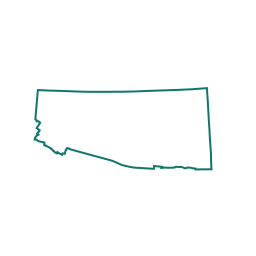 Noordwijk, Zuid-Holland, Netherlands (Albers equal-area conic projection), rotated 63°
{"feature_id": "6326949B12806125708238", "entity_name": "Noordwijk", "entity_type": "district", "adm_level": 2, "iso_a3": "NLD", "parent_name": "Netherlands", "parent_adm1": "Zuid-Holland", "projection": "albers", "projection_center": [4.48, 52.27], "detail": "fine", "context": "isolated", "style": "outline", "palette": "teal", "viewbox_px": 256, "rotation_deg": 63, "n_neighbors": 0, "source": "geoboundaries", "source_scale": "gbopen_adm2", "svg_char_len": 4076}
<svg xmlns="http://www.w3.org/2000/svg" viewBox="0 0 256 256"><g transform="rotate(63 128 128)"><path d="M188.5,65.7L187.5,65.3L185.5,64.5L185.1,64.3L173.8,59.5L167.6,56.7L158.1,52.6L143.6,46.2L142.3,45.6L128.3,39.6L122.3,53.9L116.0,67.8L110.5,79.5L103.6,94.3L98.7,105.0L92.5,117.8L78.9,144.7L72.8,156.1L65.6,168.9L58.6,181.7L53.3,191.1L77.0,205.9L77.4,206.0L77.8,206.4L77.9,206.5L78.0,206.5L78.3,206.6L78.5,206.6L79.0,206.3L79.7,205.9L79.8,205.8L80.0,205.8L80.3,205.9L80.3,206.0L80.3,206.3L80.6,206.4L80.7,206.2L80.7,205.9L80.8,205.7L81.0,205.4L81.1,205.2L81.3,205.1L81.3,204.9L81.5,204.8L81.6,204.7L82.1,204.5L82.1,204.4L83.4,203.8L83.6,204.1L84.6,205.9L85.1,206.7L85.2,207.0L86.6,209.4L89.9,207.7L90.7,209.4L90.9,209.3L91.1,210.0L91.4,210.8L91.6,211.2L91.7,211.6L91.8,211.8L92.4,211.4L92.6,211.3L92.8,211.1L93.3,210.9L93.3,211.7L93.3,211.8L93.3,212.2L93.4,212.4L93.4,212.5L93.5,213.1L93.6,213.4L93.6,213.5L93.8,213.8L93.9,214.0L94.0,214.3L94.1,214.5L94.4,215.0L94.6,215.1L94.6,215.3L94.8,215.4L95.0,215.4L95.0,215.5L95.4,215.8L95.7,216.2L95.9,216.4L96.0,216.2L96.2,215.9L96.3,215.8L96.4,215.6L96.6,215.3L97.1,214.8L97.3,214.7L97.8,214.5L98.2,214.3L99.5,213.4L99.7,213.2L99.8,212.9L100.2,212.4L100.7,211.9L101.2,211.2L101.5,210.9L101.8,210.5L102.1,210.3L102.1,210.2L102.3,210.1L102.5,209.8L102.5,209.7L102.9,209.2L103.0,209.1L103.4,209.3L104.0,209.7L104.6,210.2L104.8,210.2L105.0,210.1L105.3,210.2L105.5,210.3L105.7,210.0L105.8,209.8L106.0,209.7L106.0,209.4L106.1,209.2L106.7,209.1L106.8,209.0L107.0,208.9L107.2,208.6L107.3,208.5L107.4,208.4L107.5,208.4L107.8,208.2L108.0,208.1L108.3,207.8L108.5,207.7L108.8,207.5L109.1,207.3L109.3,207.1L109.5,206.9L110.1,206.7L110.5,206.4L110.5,206.5L111.6,205.9L112.7,205.4L112.8,205.5L113.1,205.3L113.2,205.2L113.7,205.0L113.9,204.9L114.4,205.0L114.6,205.0L114.8,204.9L115.1,204.6L115.4,204.4L115.6,204.4L115.9,204.3L116.2,204.3L116.4,204.2L116.5,204.2L117.2,203.8L117.6,203.2L118.2,202.9L117.3,201.9L117.7,201.6L117.9,201.5L118.4,201.3L118.5,201.6L118.7,201.4L119.1,201.1L119.2,200.9L119.3,200.8L119.6,200.6L119.9,200.4L120.0,200.3L120.5,200.1L120.8,199.7L121.3,199.3L121.5,199.2L121.9,199.0L122.0,198.8L120.9,197.8L122.3,196.0L122.2,195.9L121.8,195.7L120.6,194.6L120.1,194.1L119.7,193.6L119.1,193.2L119.2,192.9L119.3,192.8L118.8,192.3L118.3,191.5L118.4,191.4L118.5,191.4L118.4,191.1L119.1,190.4L119.8,189.6L120.4,189.2L120.5,189.2L120.5,189.3L120.8,189.1L124.1,185.5L131.8,177.0L138.0,170.2L144.1,163.4L145.9,161.5L147.3,159.9L149.2,157.8L149.6,157.5L150.2,156.7L151.2,156.0L152.9,154.5L154.9,152.9L156.1,152.0L157.9,150.5L158.2,150.3L158.5,150.0L159.3,149.0L161.2,146.7L162.1,145.6L162.7,145.0L164.1,143.1L164.7,142.4L165.6,141.2L166.3,140.1L167.3,138.5L168.5,136.4L169.1,135.3L170.1,133.7L171.3,131.6L171.6,131.2L172.6,129.4L172.8,129.2L173.8,127.4L175.9,123.8L176.1,123.5L174.9,122.6L174.5,122.4L174.1,122.2L173.7,122.0L175.6,119.1L177.9,115.5L178.1,115.1L178.3,115.0L178.8,116.4L179.1,116.1L179.1,115.0L179.2,114.9L179.4,114.5L179.3,114.4L179.6,113.9L179.8,113.5L179.9,113.3L180.0,113.1L180.1,112.9L180.3,112.6L180.4,112.4L180.6,112.0L180.9,111.6L181.5,110.6L181.7,110.2L181.8,110.1L181.9,109.7L182.8,107.9L182.9,107.7L183.0,107.5L183.2,107.1L183.5,106.4L183.6,106.2L184.0,105.2L184.3,104.5L184.4,104.4L184.4,104.1L184.3,103.9L184.2,103.7L184.2,103.4L184.4,102.8L184.6,102.5L184.8,102.2L185.3,101.2L185.6,100.7L185.8,100.4L186.2,99.7L186.5,98.9L186.7,98.6L186.9,98.2L187.1,97.9L187.3,97.7L187.8,97.2L188.1,97.0L188.5,96.6L189.0,96.2L189.3,95.9L189.5,95.8L189.6,95.6L189.8,95.4L189.9,95.2L190.0,95.0L190.0,94.8L190.0,94.6L190.1,94.3L190.2,94.2L190.2,93.9L190.2,93.7L190.2,93.3L190.2,93.2L190.2,92.9L190.3,92.8L190.3,92.7L190.5,92.4L190.6,92.2L191.0,91.6L191.1,91.4L191.4,91.0L191.6,90.6L191.7,90.3L191.8,90.2L192.3,89.6L192.8,89.2L193.1,88.8L193.3,88.6L193.4,88.4L193.6,88.1L193.9,87.7L194.0,87.5L194.7,86.3L195.5,86.7L201.3,75.1L202.7,72.4L200.0,71.2L197.9,70.2L197.5,70.0L197.4,69.9L194.3,68.6L192.1,67.4L191.5,67.2L191.4,67.1L190.7,66.8L189.5,66.2L188.8,65.9L188.5,65.7Z" fill="none" stroke="#0f766e" stroke-width="2"/></g></svg>